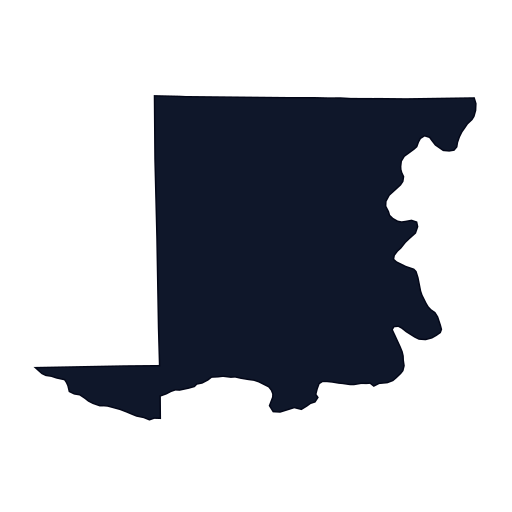 Palotina, Paraná, Brazil (Natural Earth projection), rotated 89°
{"feature_id": "56859067B34205123828041", "entity_name": "Palotina", "entity_type": "district", "adm_level": 2, "iso_a3": "BRA", "parent_name": "Brazil", "parent_adm1": "Paraná", "projection": "natural_earth1", "projection_center": [-53.775, -24.293], "detail": "fine", "context": "isolated", "style": "filled", "palette": "ink", "viewbox_px": 512, "rotation_deg": 89, "n_neighbors": 0, "source": "geoboundaries", "source_scale": "gbopen_adm2", "svg_char_len": 2278}
<svg xmlns="http://www.w3.org/2000/svg" viewBox="0 0 512 512"><g transform="rotate(89 256 256)"><path d="M388.1,140.5L385.5,135.2L384.9,127.0L382.9,121.4L380.3,118.2L376.0,113.5L373.2,111.2L368.3,109.9L362.7,110.6L358.5,110.7L354.3,111.6L349.4,113.5L338.7,118.2L332.0,121.2L329.0,119.3L328.7,114.9L330.6,111.5L334.3,107.0L339.8,98.6L341.9,94.5L342.5,88.0L340.9,81.6L338.5,77.2L335.7,73.1L332.6,71.9L328.5,72.9L320.1,75.5L315.8,78.1L312.8,82.2L309.8,84.9L306.1,87.0L302.7,88.6L298.1,90.8L294.0,92.1L280.5,94.5L274.4,96.3L272.0,98.5L269.1,106.6L264.4,115.7L261.7,118.6L257.7,117.8L253.6,114.6L250.5,111.1L244.9,106.5L241.3,102.6L235.8,96.2L229.5,93.9L224.9,94.8L223.1,99.9L224.0,105.3L224.6,109.8L223.7,113.9L220.9,118.6L217.7,121.8L214.0,122.8L208.5,125.5L203.6,125.2L197.5,121.8L187.4,110.3L183.9,107.9L179.2,107.1L175.2,108.9L172.1,109.7L169.0,109.8L163.7,109.1L158.9,106.1L152.0,96.3L149.5,93.4L144.8,91.6L141.3,89.6L138.7,85.4L140.4,80.3L143.4,78.2L148.1,74.7L153.7,66.9L154.3,61.0L153.6,56.2L150.4,53.4L145.9,52.6L140.4,50.6L135.4,48.0L131.6,45.2L127.6,42.4L123.3,37.7L120.2,35.7L114.2,33.9L107.5,33.5L101.8,35.1L101.6,103.3L100.8,131.8L100.8,135.7L100.3,158.4L99.5,168.9L99.4,180.2L98.8,194.7L98.3,222.2L95.5,324.1L95.1,329.9L94.1,354.7L157.5,355.3L234.9,354.7L269.8,354.7L299.2,354.7L325.9,354.7L364.0,354.3L363.7,389.4L363.8,478.5L366.8,475.3L369.8,472.0L371.7,468.2L372.6,462.7L374.4,457.6L376.3,449.5L379.1,447.7L382.3,446.3L388.2,445.0L390.7,440.1L391.7,434.6L395.1,429.7L398.1,426.0L400.5,421.5L403.0,414.7L403.0,410.7L403.4,407.0L404.7,402.4L407.0,394.5L409.6,388.1L411.9,382.9L413.9,378.2L415.5,371.0L417.9,365.4L416.3,360.6L416.6,354.5L394.3,354.3L392.2,348.1L389.9,343.5L388.4,339.0L388.7,334.8L386.9,325.6L385.4,319.9L383.0,317.5L382.0,312.1L379.1,306.3L376.3,302.6L376.1,296.2L375.6,291.1L376.7,283.3L376.5,278.9L377.9,273.3L379.3,265.7L380.1,260.2L381.8,255.4L387.0,245.5L390.4,242.9L394.2,241.5L397.4,241.7L405.9,245.1L411.9,241.5L412.4,234.6L409.7,225.4L408.2,220.4L410.1,213.3L406.9,207.9L404.3,204.2L402.9,199.6L398.5,196.6L395.4,198.7L389.9,197.2L384.7,195.2L382.6,191.8L382.7,187.0L383.3,181.9L384.5,175.5L384.9,171.7L386.1,164.4L386.2,160.3L385.1,153.1L385.3,147.8L385.1,144.1L388.1,140.5Z" fill="#0f172a" stroke="#020617" stroke-width="1.5"/></g></svg>